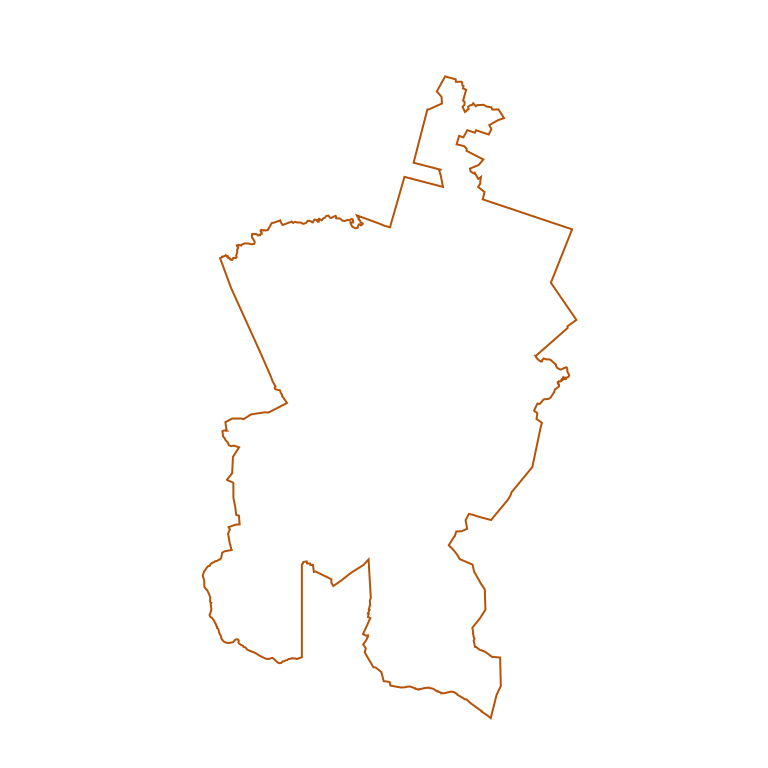 Jaunalūksnes pag., Aluksne, Latvia, rotated 279°
{"feature_id": "27541924B87199859913454", "entity_name": "Jaunalūksnes pag.", "entity_type": "district", "adm_level": 2, "iso_a3": "LVA", "parent_name": "Latvia", "parent_adm1": "Aluksne", "projection": "mercator", "projection_center": [27.197, 57.424], "detail": "fine", "context": "isolated", "style": "outline", "palette": "amber", "viewbox_px": 768, "rotation_deg": 279, "n_neighbors": 0, "source": "geoboundaries", "source_scale": "gbopen_adm2", "svg_char_len": 6108}
<svg xmlns="http://www.w3.org/2000/svg" viewBox="0 0 768 768"><g transform="rotate(279 384 384)"><path d="M697.4,396.3L681.3,390.4L676.6,395.9L670.1,397.4L662.3,385.5L662.0,383.9L607.2,378.6L604.5,406.2L603.4,405.2L598.9,407.4L587.9,411.4L591.8,371.8L539.7,365.4L540.3,360.0L541.7,354.1L546.3,330.8L545.1,331.6L545.0,333.8L543.1,332.9L542.6,333.2L541.7,334.6L539.9,335.8L539.7,336.8L538.9,338.0L537.2,336.9L537.1,336.3L537.9,335.1L537.8,334.4L536.4,333.7L534.3,333.6L533.5,332.1L533.4,331.3L534.2,328.5L534.9,327.6L538.0,325.6L538.6,326.0L538.6,328.1L539.3,328.3L541.5,327.5L541.9,326.8L541.9,326.1L540.1,324.3L540.5,322.8L538.9,319.7L538.8,317.4L540.0,315.6L540.6,314.1L540.2,311.2L540.4,310.6L542.1,310.4L542.5,309.7L539.7,305.8L539.7,304.9L541.6,302.7L540.8,300.5L538.9,299.6L538.1,298.1L535.9,296.9L537.1,294.0L536.3,293.3L535.4,294.1L534.2,294.2L533.9,293.4L535.4,291.4L535.7,290.1L534.7,289.1L532.5,288.5L532.4,287.9L533.2,286.6L533.5,284.8L533.3,283.3L530.7,281.6L529.5,279.2L530.3,277.4L530.3,274.9L529.9,272.7L530.3,270.8L528.9,269.1L530.0,267.4L525.2,259.0L527.5,256.9L529.4,255.9L526.3,250.5L525.5,248.0L517.8,245.1L517.0,242.7L517.3,241.3L516.7,240.7L517.1,238.7L516.7,238.3L515.8,238.1L514.2,239.6L513.3,239.8L512.6,238.5L511.5,238.3L511.5,237.1L511.0,236.4L512.1,234.6L512.1,232.9L511.5,231.9L511.7,230.6L511.4,230.3L508.5,230.5L504.8,233.7L503.7,234.2L502.0,233.8L501.3,231.5L501.6,228.5L501.0,224.1L499.5,222.1L499.3,221.4L498.4,221.2L498.8,218.8L497.8,216.9L497.3,217.0L496.4,218.7L495.6,218.7L493.5,217.9L491.4,218.5L487.9,217.9L486.4,218.6L485.1,217.8L485.2,216.0L484.8,215.3L482.8,214.8L482.6,214.2L483.7,212.6L483.3,212.4L484.2,211.6L483.9,210.7L485.5,210.0L485.3,209.4L485.8,209.4L486.0,208.0L486.5,207.5L485.6,207.0L485.4,206.2L484.8,205.7L484.4,204.0L483.8,204.1L482.7,202.4L454.8,218.0L393.8,258.2L373.0,271.5L369.3,273.5L364.5,277.3L363.3,276.6L362.6,276.9L361.8,277.7L361.4,282.3L359.2,283.3L357.3,285.1L355.8,285.4L355.0,286.6L350.0,291.1L337.7,274.3L337.4,270.8L333.2,257.5L327.2,250.6L327.6,248.4L326.1,239.4L321.5,233.3L313.6,235.7L313.3,236.2L313.1,235.5L313.2,233.6L312.2,231.8L306.9,233.3L305.4,235.2L303.9,236.1L301.7,238.9L299.2,240.4L298.8,242.6L299.6,245.5L298.8,250.8L288.4,246.2L272.2,248.0L264.9,243.9L264.5,244.4L263.4,249.0L262.7,250.7L248.3,253.0L239.3,256.3L231.6,258.5L231.3,261.3L222.7,263.4L221.8,259.3L218.3,252.9L216.3,254.5L211.9,253.4L203.0,256.4L196.2,259.5L193.8,252.6L192.0,250.6L186.6,250.4L185.1,249.5L184.3,248.0L183.1,246.7L182.5,244.9L181.7,244.2L180.0,241.7L179.0,240.7L177.1,240.4L176.6,238.9L175.6,238.1L170.2,235.5L166.3,235.0L161.9,237.1L155.6,238.3L153.2,240.6L152.9,241.5L148.6,244.4L145.8,245.8L142.2,246.2L141.0,246.8L140.8,247.6L139.6,247.2L134.7,248.7L130.2,248.4L128.8,247.8L127.5,248.3L126.6,249.1L126.4,250.4L123.0,253.7L121.1,254.8L120.9,255.3L119.0,256.2L118.4,257.0L116.8,257.3L116.5,258.2L115.3,259.1L112.5,260.1L108.8,262.8L107.7,262.9L105.8,264.5L104.7,265.9L104.0,267.7L103.8,269.9L104.1,271.9L105.4,275.4L108.4,277.3L108.7,278.1L108.8,279.7L108.1,280.6L105.9,280.7L105.2,281.2L103.9,283.5L103.5,285.6L102.4,286.3L102.1,288.4L100.2,290.5L98.2,298.9L96.0,304.1L94.2,310.2L94.2,312.2L94.8,314.1L96.0,316.5L94.9,318.8L93.5,320.5L92.0,323.2L91.9,324.7L92.5,326.2L94.3,327.5L94.4,328.5L95.7,330.1L96.1,331.4L97.3,332.6L98.2,335.2L98.9,336.0L98.6,337.0L99.1,338.9L98.7,341.0L101.3,345.6L192.8,331.1L194.1,332.0L195.5,332.1L196.7,335.4L194.7,336.0L195.2,339.1L193.7,339.6L194.3,342.1L187.5,344.1L188.1,345.7L182.9,362.6L179.8,363.0L176.5,365.5L182.9,372.2L192.5,381.1L202.0,392.0L208.3,396.2L170.8,404.4L167.6,403.9L163.0,405.1L162.5,404.6L158.8,404.3L158.6,405.1L154.9,404.0L154.9,404.8L151.4,404.6L150.6,407.1L133.7,402.4L132.7,405.4L132.7,406.7L133.2,407.4L132.0,407.7L128.0,406.4L123.6,404.2L120.0,407.4L116.0,406.9L102.6,417.8L102.6,420.4L99.0,426.5L90.4,430.2L90.6,433.6L90.3,436.4L87.1,437.5L86.9,447.9L87.6,451.8L88.7,454.5L89.3,457.1L88.3,462.6L87.9,462.6L87.6,465.5L87.8,465.4L88.5,468.0L89.8,471.0L91.2,475.9L90.8,476.1L90.8,479.4L90.5,480.5L88.5,485.3L88.9,485.5L88.3,487.0L88.0,489.0L87.5,489.0L87.9,491.5L90.7,498.5L90.6,501.5L89.1,504.8L88.6,505.0L85.2,513.5L85.4,514.9L82.4,519.2L76.0,531.9L75.7,531.7L72.6,538.4L70.6,541.7L94.5,543.8L104.0,546.6L132.0,541.5L131.4,533.3L135.4,525.7L136.6,519.7L138.6,516.3L138.5,515.1L144.5,512.7L146.9,513.2L148.1,512.2L151.9,510.8L152.6,511.0L157.1,509.4L167.4,515.3L176.9,519.5L196.8,515.7L202.4,510.6L213.0,502.2L219.5,499.7L222.9,486.1L226.8,483.0L230.8,478.8L234.8,473.2L243.8,477.0L244.4,477.6L249.7,478.5L250.6,483.5L254.0,488.8L262.2,485.9L268.9,488.1L268.8,491.5L267.8,497.5L266.4,511.0L288.8,524.3L293.6,526.3L297.0,526.9L325.2,543.5L365.6,545.5L370.4,546.1L373.3,540.1L378.9,540.1L379.7,539.3L380.9,536.7L381.4,536.4L388.7,538.6L388.5,540.1L388.9,541.2L393.5,543.9L394.0,544.8L395.0,548.8L396.7,550.7L402.8,553.4L405.3,553.6L408.9,557.2L410.9,556.9L411.4,555.8L412.1,556.0L412.5,555.3L413.0,555.3L414.1,556.2L413.9,557.1L414.6,558.7L415.7,559.3L416.1,558.5L416.4,558.6L416.2,559.8L416.4,560.3L417.8,559.7L418.9,560.0L418.5,560.8L417.1,560.8L417.4,562.9L418.8,562.8L419.2,564.1L420.3,565.3L421.6,565.6L424.8,563.2L428.0,562.6L429.0,561.8L428.7,560.7L426.0,556.5L425.9,555.6L427.1,552.4L428.4,551.3L430.1,550.8L434.2,544.1L433.7,540.5L434.2,537.7L432.3,536.4L431.1,536.5L430.7,535.6L431.9,532.9L433.1,531.2L435.6,529.0L435.8,529.8L468.1,556.6L469.7,556.2L477.4,564.0L510.1,533.0L566.2,545.6L581.8,452.6L589.3,453.3L593.3,446.1L597.1,447.8L598.5,447.4L603.7,447.4L601.3,445.0L606.7,440.7L605.9,440.3L607.4,436.3L610.2,435.2L615.1,443.2L621.3,447.0L627.2,429.0L629.2,428.9L631.5,425.9L632.1,418.2L640.8,419.4L640.0,423.8L647.7,426.6L646.4,434.4L649.0,435.2L646.8,448.4L652.5,450.2L656.2,447.5L662.4,455.3L665.4,461.0L673.1,454.1L672.0,448.1L674.1,446.7L674.1,442.0L675.3,438.7L674.0,432.4L672.7,431.3L675.2,428.2L673.6,427.5L672.5,425.2L670.8,423.6L668.9,424.6L665.3,421.4L670.1,418.2L672.4,419.8L675.4,419.4L676.2,417.8L687.5,419.1L688.3,415.8L690.7,415.9L691.1,414.9L694.7,413.5L693.7,407.7L696.1,407.2L697.4,396.3Z" fill="none" stroke="#b45309" stroke-width="2"/></g></svg>